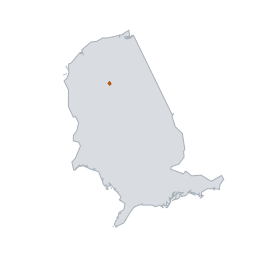 location of Davis, Utah, United States of America, rotated 66°
{"feature_id": "52423323B15270253892889", "entity_name": "Davis", "entity_type": "district", "adm_level": 2, "iso_a3": "USA", "parent_name": "United States of America", "parent_adm1": "Utah", "projection": "orthographic", "projection_center": [-111.927, 40.961], "detail": "fine", "context": "in_parent", "style": "filled", "palette": "amber", "viewbox_px": 256, "rotation_deg": 66, "n_neighbors": 0, "source": "geoboundaries", "source_scale": "gbopen_adm2", "svg_char_len": 3973}
<svg xmlns="http://www.w3.org/2000/svg" viewBox="0 0 256 256"><g transform="rotate(66 128 128)"><path d="M200.8,80.4L210.5,73.7L209.4,61.9L213.8,61.3L217.2,67.1L221.4,69.6L218.5,73.3L218.9,74.5L217.5,73.5L217.8,76.4L215.7,79.7L216.6,86.8L219.5,88.3L220.5,87.3L219.7,86.4L220.3,86.7L221.0,87.9L218.0,90.7L216.8,89.7L217.3,91.7L213.5,94.3L211.5,98.3L211.2,96.7L210.5,96.0L211.1,99.7L212.2,99.8L213.1,102.7L212.4,107.3L209.3,106.2L209.7,103.3L208.8,105.6L210.4,107.8L211.9,108.8L212.7,110.3L212.2,117.4L211.7,113.3L208.2,110.9L208.2,106.6L206.5,108.7L209.3,113.8L206.6,113.1L205.9,113.6L206.0,111.6L205.7,111.1L205.5,112.8L205.9,113.9L209.9,114.5L209.5,115.8L207.4,114.6L206.7,114.5L209.4,116.0L210.3,116.0L210.4,117.6L209.0,117.0L211.3,118.4L211.0,118.8L209.9,118.1L207.7,118.5L210.9,119.4L212.4,118.6L215.8,122.8L213.0,119.6L214.4,121.9L211.2,122.8L214.2,124.2L215.0,123.0L214.5,125.9L211.4,126.4L213.5,126.8L212.4,128.6L214.5,128.6L211.4,130.6L211.0,135.0L208.2,137.3L204.2,146.4L203.2,146.0L202.6,153.0L202.8,154.6L205.0,158.8L213.0,170.7L213.2,178.5L210.9,179.9L207.7,176.9L206.5,173.9L202.2,171.4L203.0,169.3L201.4,170.0L200.9,165.0L195.8,161.6L189.9,164.8L188.2,162.4L182.0,164.0L182.5,162.7L181.7,164.1L179.0,165.4L178.5,163.3L178.4,165.0L169.9,167.7L173.7,167.8L172.9,170.2L176.1,171.4L174.8,172.8L171.2,171.0L171.4,173.1L166.9,173.3L164.1,171.4L162.8,173.0L156.1,172.5L152.8,176.1L153.6,175.1L151.5,174.8L151.0,178.5L147.3,181.5L148.2,180.6L145.5,180.7L146.6,181.8L143.7,183.8L143.0,187.9L141.5,187.5L142.8,188.3L143.5,191.8L145.0,193.7L144.1,194.7L136.3,193.1L134.1,188.2L125.2,178.8L121.1,178.7L117.5,183.2L112.5,180.9L110.0,176.2L103.3,171.0L96.0,171.3L96.0,173.5L84.2,173.8L68.9,166.9L59.0,167.3L57.8,163.6L53.8,159.8L45.4,156.3L45.5,153.6L39.5,141.1L39.9,139.8L41.2,141.6L40.5,138.9L43.5,139.0L37.9,138.6L34.4,127.0L36.1,121.2L35.4,114.4L37.4,110.3L39.8,98.2L42.3,98.8L39.6,97.8L40.8,94.6L39.9,94.5L39.1,87.4L45.1,89.4L43.4,92.9L45.8,90.6L45.2,93.6L43.6,94.1L44.7,94.4L46.0,93.3L46.8,90.2L45.7,85.3L133.7,82.3L133.3,80.5L135.6,83.2L146.0,84.3L155.2,80.6L170.6,84.8L171.9,86.7L177.4,88.6L181.7,96.3L180.9,104.1L183.1,105.7L192.5,96.0L190.9,93.2L191.7,92.2L197.6,89.4L200.8,80.4ZM215.3,95.0L216.9,93.7L211.6,98.8L215.6,93.9L215.3,95.0ZM45.8,88.3L46.4,90.3L46.3,90.6L45.3,89.0L45.8,88.3ZM144.8,193.2L143.4,190.2L143.3,188.4L143.6,190.3L144.8,193.2ZM219.0,73.3L219.4,74.2L219.1,74.1L219.0,73.3ZM164.3,172.3L164.6,172.9L163.8,172.5L164.3,172.3ZM48.5,159.6L49.5,159.2L49.5,159.4L48.5,159.6ZM47.4,159.2L47.0,159.7L46.7,159.2L47.4,159.2ZM219.6,89.9L219.4,90.8L219.2,90.7L219.6,89.9ZM143.7,186.7L143.3,188.2L144.3,185.2L143.7,186.7ZM210.6,166.7L212.1,169.1L210.4,166.6L210.6,166.7ZM53.4,162.4L53.8,163.2L53.3,162.4L53.4,162.4ZM213.7,178.8L213.1,179.9L213.9,177.7L213.7,178.8ZM216.6,124.4L216.3,125.8L216.0,123.0L216.6,124.4ZM45.1,86.6L45.1,87.2L44.8,86.8L45.1,86.6ZM146.7,182.3L145.3,183.2L146.7,182.1L146.7,182.3ZM221.3,89.3L221.6,89.9L221.1,90.1L221.3,89.3ZM53.2,164.5L53.5,165.5L53.1,164.6L53.2,164.5ZM145.1,183.8L144.5,184.3L145.0,183.6L145.1,183.8ZM212.9,111.5L212.7,113.3L212.8,111.0L212.9,111.5ZM152.5,176.8L151.6,177.5L152.8,176.3L152.5,176.8ZM202.9,153.7L203.1,154.9L202.8,154.1L202.9,153.7ZM214.8,128.7L214.6,129.0L215.1,127.8L214.8,128.7ZM192.1,163.8L191.2,164.8L190.7,164.8L192.1,163.8ZM178.6,165.4L178.4,165.6L177.8,165.8L178.6,165.4ZM205.4,174.4L205.7,175.2L205.2,174.3L205.4,174.4ZM176.2,167.7L176.1,168.5L175.8,167.2L176.2,167.7ZM211.8,181.6L211.3,181.9L212.0,181.3L211.8,181.6ZM213.1,103.3L213.1,104.1L213.1,102.9L213.1,103.3ZM215.8,126.2L215.6,126.6L215.8,126.2Z" fill="#d9dde1" stroke="#a8b0b8" stroke-width="1"/><path d="M80.7,125.9L80.4,125.9L80.1,125.8L79.9,125.8L79.5,125.8L78.5,126.1L78.4,126.2L79.2,127.7L79.6,127.3L80.2,127.0L80.3,127.0L80.3,127.3L80.5,127.4L80.8,127.4L81.1,127.3L81.1,127.2L81.0,126.9L80.9,126.8L81.0,126.8L80.9,126.6L80.8,126.4L80.7,126.2L80.8,126.0L80.7,125.9Z" fill="#f59e0b" stroke="#b45309" stroke-width="1.5"/></g></svg>